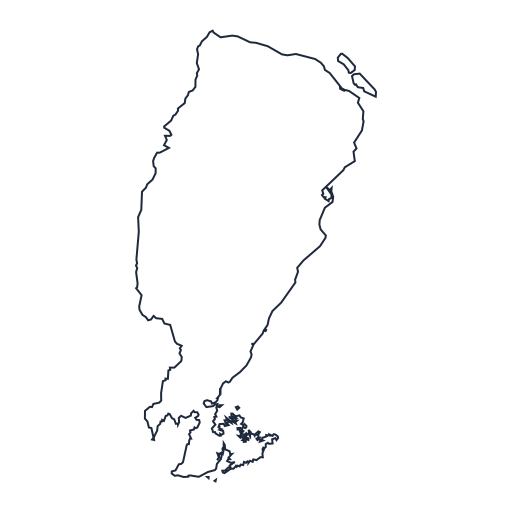 outline of Lombok Timur, Nusa Tenggara Barat, Indonesia
{"feature_id": "22746128B55307338459902", "entity_name": "Lombok Timur", "entity_type": "district", "adm_level": 2, "iso_a3": "IDN", "parent_name": "Indonesia", "parent_adm1": "Nusa Tenggara Barat", "projection": "orthographic", "projection_center": [116.527, -8.592], "detail": "fine", "context": "isolated", "style": "outline", "palette": "slate", "viewbox_px": 512, "rotation_deg": 0, "n_neighbors": 0, "source": "geoboundaries", "source_scale": "gbopen_adm2", "svg_char_len": 6064}
<svg xmlns="http://www.w3.org/2000/svg" viewBox="0 0 512 512"><path d="M151.4,428.0L153.5,437.7L152.1,439.5L154.1,440.0L153.7,437.6L157.1,430.7L157.7,426.1L160.2,423.8L160.6,421.5L162.3,421.4L162.2,419.9L164.0,420.8L165.7,415.9L167.5,415.4L168.3,413.6L169.7,414.1L171.9,418.1L174.2,419.3L175.9,423.8L177.9,423.5L178.0,424.6L179.1,422.2L178.8,417.9L181.1,415.8L185.6,417.9L190.8,415.6L191.1,413.3L193.6,410.8L194.6,412.2L197.3,412.3L198.6,414.7L198.1,416.0L195.2,417.8L196.5,419.8L199.2,420.1L199.7,422.6L197.3,427.5L195.8,428.2L194.5,427.4L193.9,429.5L190.0,430.5L190.5,432.3L189.1,434.2L191.1,438.6L190.0,438.6L189.2,440.6L188.9,444.1L187.4,444.1L186.7,445.2L183.0,462.2L181.2,463.9L178.8,464.3L175.5,470.4L171.8,471.4L171.7,473.5L174.8,475.8L177.8,475.3L183.7,477.0L188.3,476.7L188.4,475.7L189.9,475.4L198.8,476.8L207.9,472.0L214.8,470.1L216.1,468.6L216.9,463.9L220.9,459.1L222.2,453.4L218.9,454.7L219.2,457.6L217.1,460.2L218.8,457.4L217.4,453.3L219.1,454.0L221.5,452.5L222.8,453.9L223.4,451.6L222.4,449.1L222.8,448.2L223.7,448.9L223.7,443.2L224.8,445.0L225.1,449.3L229.6,451.3L230.2,454.3L231.9,454.0L228.6,457.5L229.9,459.1L228.2,459.1L227.1,461.0L231.0,462.9L234.8,462.0L229.7,465.5L230.8,468.1L228.4,467.4L225.0,470.6L222.3,470.7L222.8,472.5L224.5,473.1L230.7,468.8L233.7,468.6L236.0,465.8L236.7,466.8L237.6,465.7L239.7,466.4L240.6,464.6L243.2,465.1L244.0,461.9L246.0,462.8L247.5,461.3L248.6,461.7L248.5,462.9L250.1,460.8L252.7,461.8L253.3,459.4L256.5,460.1L260.4,457.2L262.8,457.3L262.4,453.4L263.7,450.0L262.7,450.1L262.6,449.0L263.3,447.6L264.4,448.2L265.7,447.1L265.8,444.0L267.9,442.8L269.0,443.8L272.6,443.5L272.1,439.3L275.4,438.1L276.5,440.1L278.1,438.0L277.9,436.5L275.3,434.5L273.6,434.2L272.5,435.9L269.5,434.5L269.8,435.5L266.3,435.1L266.7,436.3L262.3,437.9L261.9,440.0L263.1,440.5L260.0,441.6L260.7,440.0L259.3,439.5L259.6,438.5L257.5,440.1L256.5,438.9L258.6,436.8L258.2,434.8L259.8,432.1L258.4,431.4L256.0,433.5L256.8,434.8L254.8,434.7L254.6,435.7L253.6,434.2L250.1,433.6L250.1,436.2L248.6,433.7L250.7,432.2L248.5,429.9L249.2,432.4L246.7,435.3L246.1,433.3L243.9,435.2L245.1,436.0L244.2,436.7L248.6,438.4L248.4,440.0L245.7,439.1L245.8,441.7L243.9,441.9L244.1,440.6L242.4,440.2L244.3,438.4L242.0,437.5L241.7,435.9L240.3,437.7L238.5,435.9L240.1,436.2L241.0,433.8L240.4,432.4L242.5,433.4L241.8,431.6L244.2,431.2L239.6,430.1L238.8,428.8L237.6,429.4L237.4,428.1L240.2,427.8L242.2,428.9L243.1,426.6L245.1,428.1L246.2,427.4L246.5,426.1L244.4,424.0L243.4,425.2L241.1,423.9L242.7,422.4L243.7,418.4L240.7,417.4L239.4,415.4L235.6,416.3L232.6,413.6L231.3,413.6L231.6,416.5L233.7,416.4L236.7,418.4L235.6,419.1L235.1,418.3L229.6,417.1L229.6,417.5L234.6,420.9L236.9,420.8L235.2,422.2L235.7,423.4L231.9,421.1L230.7,421.1L231.5,423.0L229.5,421.8L227.9,422.2L229.3,420.3L226.2,417.7L227.2,420.3L224.6,420.3L226.1,423.9L226.9,423.1L228.6,425.1L224.8,426.0L223.6,423.8L219.6,424.1L218.6,426.8L219.5,426.8L219.5,428.7L221.2,429.2L219.8,429.9L223.2,431.0L223.5,433.6L221.5,434.8L220.3,434.0L220.6,435.7L219.5,435.8L215.6,433.5L215.1,432.1L213.1,432.1L211.9,428.4L215.4,424.6L213.0,421.2L214.9,419.1L214.3,417.0L216.4,416.6L215.1,414.2L217.2,410.7L216.3,407.6L217.4,404.1L214.9,404.5L213.2,406.1L206.4,407.1L203.7,403.5L204.5,401.1L207.0,400.2L211.1,401.4L212.0,403.6L215.7,402.2L217.3,400.4L218.0,398.0L217.3,398.0L219.9,394.9L220.0,391.0L220.5,391.8L220.5,388.8L223.0,383.5L225.9,381.3L228.4,382.5L229.8,381.8L232.5,377.7L240.1,372.0L246.5,365.4L251.0,357.4L251.6,354.4L250.5,351.5L253.5,344.6L251.4,343.7L254.0,343.9L262.6,333.6L263.7,330.6L265.6,331.1L266.2,329.9L264.8,329.0L267.6,324.9L268.9,318.6L272.4,311.1L281.1,302.7L295.4,282.5L295.1,279.7L298.0,271.8L297.2,267.8L303.5,260.4L320.0,246.2L325.5,237.8L325.8,235.4L320.6,229.4L319.4,224.6L319.7,220.1L324.9,207.7L332.5,202.0L333.2,196.8L331.3,191.3L331.6,188.0L330.0,189.8L329.0,189.4L327.3,187.9L326.7,187.8L331.5,194.5L331.5,197.9L328.9,199.2L328.6,201.1L324.7,198.6L325.5,197.3L323.4,196.9L322.0,195.0L323.3,193.8L322.2,190.4L343.4,170.1L344.8,167.3L354.8,161.1L353.5,151.6L356.5,148.5L354.1,142.6L361.9,130.5L363.6,121.4L362.8,119.0L363.4,111.3L357.9,102.7L359.3,98.0L349.1,91.0L344.1,89.7L343.2,89.8L345.2,90.9L343.2,90.4L340.1,88.7L340.0,87.1L342.5,89.3L344.0,89.4L342.1,88.7L329.7,73.0L324.9,69.9L323.9,66.3L320.8,62.7L315.1,59.0L295.9,54.0L287.5,55.3L282.0,54.4L267.7,46.2L256.0,42.8L250.1,42.3L237.7,36.4L232.3,35.6L220.6,37.3L213.5,32.5L212.7,30.7L209.7,32.2L206.8,37.0L201.9,41.3L199.8,45.5L198.2,46.3L197.0,49.3L198.1,54.2L196.8,63.1L199.0,69.3L196.8,73.3L197.3,75.5L195.5,79.6L195.4,86.9L192.6,90.5L188.9,91.9L187.9,95.2L185.4,98.5L184.7,103.1L177.9,108.5L178.1,110.6L175.5,114.5L173.3,115.8L171.1,120.6L164.2,126.4L164.2,127.7L169.4,130.8L171.4,134.8L170.1,135.9L165.0,135.8L166.8,140.0L164.0,145.2L168.9,147.9L159.7,152.7L157.1,152.7L154.1,158.0L153.1,161.1L153.7,166.2L155.7,168.3L155.6,173.3L152.5,179.6L147.2,184.3L146.0,187.6L142.0,191.7L141.3,209.8L138.1,217.2L138.8,231.7L136.4,259.6L137.1,263.3L136.0,265.5L137.2,268.1L136.1,272.1L137.6,283.4L137.1,287.4L136.1,288.2L141.6,295.2L139.2,306.4L139.5,309.8L142.5,314.9L146.0,317.2L148.1,320.3L151.0,319.5L153.6,315.9L156.1,318.2L162.2,318.9L164.4,323.5L170.2,324.9L174.9,341.4L177.0,343.8L181.7,345.8L179.8,348.3L180.9,350.0L179.5,353.3L181.8,357.1L181.3,361.0L174.4,367.6L169.9,367.6L170.2,369.9L168.4,370.4L167.9,378.8L165.5,378.6L165.6,380.2L162.9,381.2L161.1,393.1L161.2,400.7L159.1,402.7L153.4,403.9L152.0,407.1L149.9,406.8L145.0,410.9L144.9,418.6L147.4,421.4L148.9,427.5L151.4,428.0ZM359.7,73.6L353.8,74.3L352.0,76.1L353.7,83.4L355.2,84.9L356.0,84.4L357.8,87.2L363.2,88.0L364.2,91.3L375.7,96.7L376.0,92.0L374.8,89.6L359.7,73.6ZM347.7,58.0L342.2,53.7L340.8,53.9L337.8,57.7L338.1,61.0L343.8,64.4L348.4,70.3L348.8,72.7L350.7,73.0L354.7,70.0L355.0,66.4L347.7,58.0ZM237.9,406.4L235.9,407.2L237.2,409.6L239.2,407.8L237.9,406.4ZM221.9,405.2L219.4,405.2L218.6,406.9L219.6,407.2L221.9,405.2ZM207.3,477.0L208.5,478.1L208.6,477.0L207.3,477.0ZM215.5,481.3L215.8,479.9L214.6,480.8L215.5,481.3Z" fill="none" stroke="#1e293b" stroke-width="2"/></svg>